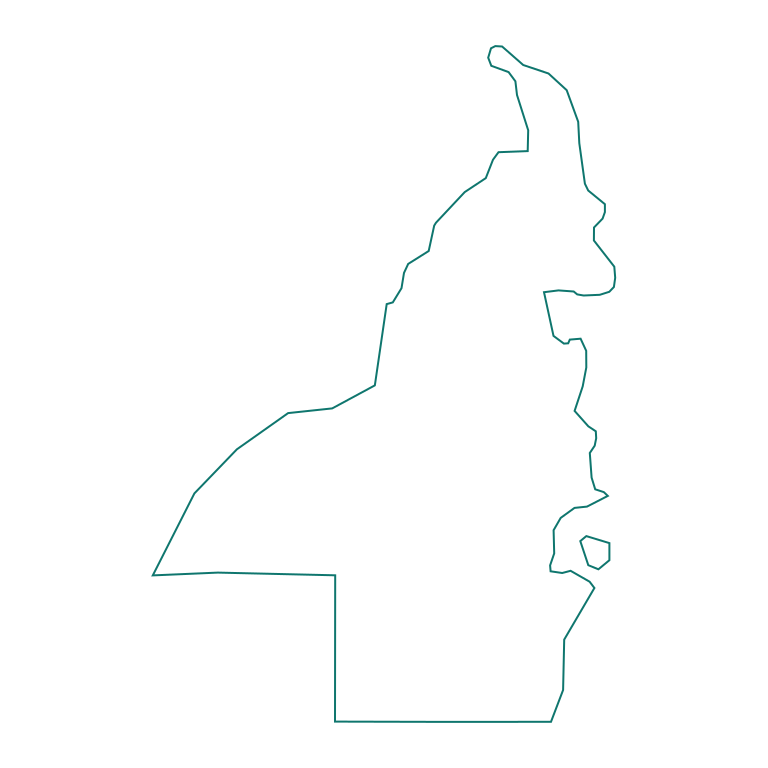 the district of Kitsap, Washington, United States of America
{"feature_id": "52423323B24057696547970", "entity_name": "Kitsap", "entity_type": "district", "adm_level": 2, "iso_a3": "USA", "parent_name": "United States of America", "parent_adm1": "Washington", "projection": "mercator", "projection_center": [-122.582, 47.672], "detail": "fine", "context": "isolated", "style": "outline", "palette": "teal", "viewbox_px": 768, "rotation_deg": 0, "n_neighbors": 0, "source": "geoboundaries", "source_scale": "gbopen_adm2", "svg_char_len": 1269}
<svg xmlns="http://www.w3.org/2000/svg" viewBox="0 0 768 768"><path d="M335.0,721.6L451.1,721.9L551.0,721.8L563.1,690.0L564.2,639.6L594.4,588.0L589.6,581.7L570.6,570.8L562.2,573.0L550.6,571.3L550.1,565.4L554.2,553.4L553.6,530.2L560.7,517.9L564.7,515.0L574.5,507.9L587.0,506.6L607.8,495.9L603.8,492.1L595.2,489.3L591.6,477.6L589.8,453.0L594.7,445.7L596.2,438.2L595.8,431.3L588.3,426.3L574.6,410.9L582.7,386.4L586.3,367.5L586.2,350.8L580.6,338.7L569.8,339.6L568.2,343.3L563.9,343.6L553.5,335.9L544.0,292.2L558.5,290.4L573.7,291.5L577.2,294.4L583.6,295.5L599.8,294.8L609.3,291.8L613.9,287.0L615.2,277.8L614.3,266.7L593.9,240.5L594.0,227.5L602.6,218.6L604.9,212.1L604.9,204.2L588.2,190.5L584.9,183.7L579.3,143.2L578.2,121.8L566.7,90.2L548.5,73.5L523.2,65.0L502.1,46.5L495.3,46.1L491.0,48.3L488.2,57.7L491.3,65.8L508.6,72.1L515.4,81.3L517.0,95.0L528.2,130.3L527.7,151.1L498.5,152.2L493.0,159.7L485.8,178.1L464.7,192.1L436.0,222.7L434.2,225.6L428.7,251.0L408.2,263.9L404.0,272.9L401.5,288.2L392.8,302.4L386.7,304.1L375.2,383.0L374.8,385.4L332.2,408.4L288.1,413.1L236.9,449.3L194.4,493.4L152.8,575.4L217.8,572.6L335.2,575.3L335.0,721.6ZM586.3,536.1L580.3,541.1L588.3,565.2L598.4,569.3L609.4,560.2L609.4,543.1L586.3,536.1Z" fill="none" stroke="#0f766e" stroke-width="2"/></svg>